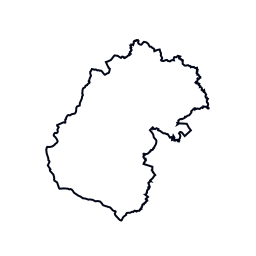 Ixtlahuacán del Río, Jalisco, Mexico, rotated 46°
{"feature_id": "50627088B86535145989584", "entity_name": "Ixtlahuacán del Río", "entity_type": "district", "adm_level": 2, "iso_a3": "MEX", "parent_name": "Mexico", "parent_adm1": "Jalisco", "projection": "mercator", "projection_center": [-103.216, 20.904], "detail": "fine", "context": "isolated", "style": "outline", "palette": "ink", "viewbox_px": 256, "rotation_deg": 46, "n_neighbors": 0, "source": "geoboundaries", "source_scale": "gbopen_adm2", "svg_char_len": 5766}
<svg xmlns="http://www.w3.org/2000/svg" viewBox="0 0 256 256"><g transform="rotate(46 128 128)"><path d="M170.2,55.6L169.6,56.2L168.4,56.2L167.4,55.6L167.4,55.0L166.6,53.8L165.4,53.2L164.6,53.5L163.3,52.6L162.5,50.3L161.3,51.0L160.8,50.2L160.2,50.6L159.4,50.6L158.8,50.1L158.3,48.6L155.0,47.9L153.6,46.9L153.5,47.5L153.9,48.4L152.5,48.2L152.2,48.6L151.7,48.6L151.2,47.6L150.3,47.1L148.5,47.2L148.4,47.5L148.1,47.0L146.5,47.3L145.9,46.0L144.8,46.3L144.4,47.3L143.2,47.9L142.8,47.7L142.2,47.9L142.0,46.9L142.8,46.2L142.3,45.6L141.9,44.5L140.7,43.8L140.7,43.3L141.8,43.0L142.0,42.7L141.8,42.0L142.1,41.0L141.4,40.5L140.1,40.8L138.9,40.4L137.8,41.1L137.2,40.2L136.9,40.2L136.6,40.6L136.2,40.6L135.2,39.3L135.5,38.8L134.7,38.3L134.6,37.4L134.3,37.3L133.7,37.8L132.6,36.6L131.9,37.7L131.2,38.1L129.8,38.2L129.3,39.1L128.3,39.6L127.9,40.7L126.7,40.2L125.5,41.0L124.6,41.1L123.2,43.2L122.3,43.9L119.9,44.1L118.0,42.5L117.9,41.9L117.4,41.5L116.8,41.6L116.4,42.3L115.4,42.0L114.9,42.6L114.0,42.3L113.4,42.9L112.8,42.4L112.8,41.9L112.3,42.3L111.8,42.2L112.1,41.2L110.7,42.0L110.6,44.2L109.3,45.3L109.2,46.0L110.4,47.5L111.2,47.9L110.0,48.9L109.4,49.9L109.3,51.4L108.9,51.8L107.3,52.8L106.4,52.6L105.7,53.1L104.4,56.0L102.9,57.2L102.0,57.0L101.9,55.7L101.4,54.8L98.6,54.0L97.1,52.3L96.1,52.1L93.5,50.7L92.2,52.7L91.1,55.7L90.5,55.4L90.0,54.6L88.8,54.3L87.3,54.9L86.2,54.8L85.4,55.0L84.5,55.9L81.5,55.0L79.2,55.3L77.1,56.7L77.0,57.6L77.4,60.2L77.2,60.7L76.2,61.4L74.5,61.8L73.7,61.5L72.6,59.9L71.6,59.8L71.3,60.5L70.8,60.7L70.9,61.5L70.5,61.7L70.7,62.1L70.4,62.6L69.8,62.8L69.8,63.8L71.4,65.4L71.2,66.1L71.7,66.6L71.0,66.8L70.9,67.9L70.4,67.9L70.6,68.3L70.2,69.0L72.4,69.7L72.2,70.7L73.3,70.8L74.4,71.2L74.2,71.9L74.8,72.6L74.6,73.7L75.3,74.1L75.4,74.4L76.2,74.5L75.8,75.0L76.2,75.1L75.8,76.0L76.6,76.3L75.9,78.1L75.9,79.9L75.5,80.5L75.6,81.2L75.1,82.1L74.5,82.1L74.3,81.7L73.1,82.2L72.6,82.6L72.7,84.3L68.8,85.4L66.5,87.2L66.4,87.7L67.2,92.9L66.3,95.8L65.2,98.1L70.1,99.8L70.8,99.8L71.3,100.2L72.7,99.9L73.8,101.3L74.9,103.3L74.9,103.8L74.3,105.0L73.7,107.6L72.7,107.8L68.9,107.4L67.8,107.7L67.1,108.6L66.1,108.9L65.2,110.1L63.5,110.5L62.7,111.8L61.6,112.2L60.5,113.0L61.3,115.3L61.3,116.1L62.7,117.4L64.7,118.3L65.8,121.3L66.9,122.9L66.9,123.5L67.2,123.9L68.2,123.7L68.7,124.3L68.4,126.9L68.8,127.6L68.1,129.1L68.8,130.7L68.3,132.6L68.7,133.7L71.5,137.1L72.2,137.1L73.1,137.7L73.4,139.1L74.7,140.7L76.6,145.3L78.3,147.1L77.2,149.5L77.3,150.2L77.5,151.0L80.1,154.0L80.6,155.5L80.6,156.3L78.9,159.1L78.7,160.9L77.5,161.6L77.0,162.6L77.5,165.1L78.5,166.4L78.3,167.2L80.5,169.3L80.5,169.6L79.1,170.5L76.7,177.0L77.5,177.5L79.3,177.3L80.1,179.9L81.7,180.9L82.2,181.7L82.1,182.9L80.8,183.9L80.9,185.2L81.6,186.5L82.4,186.8L83.9,186.6L86.2,186.9L88.3,187.6L88.9,188.2L89.2,189.5L88.9,191.2L89.1,192.2L88.8,194.9L87.6,197.1L85.5,199.2L85.8,200.4L86.4,201.0L86.7,201.8L89.9,204.2L94.5,206.4L95.8,207.6L97.1,207.6L97.8,208.0L99.2,211.7L103.8,212.5L103.8,213.3L104.8,213.9L109.5,214.0L111.4,214.9L113.1,216.1L113.7,217.0L114.7,217.5L117.9,216.8L123.2,219.3L124.1,219.4L127.0,216.0L129.9,213.4L131.3,212.9L132.1,211.7L133.1,211.3L134.8,211.3L137.0,211.8L142.3,210.7L144.6,209.7L147.0,209.4L149.4,207.5L152.1,206.2L152.6,205.3L155.0,203.4L158.2,202.3L159.5,200.5L161.6,199.1L164.5,199.2L165.7,199.6L166.8,199.3L172.9,196.0L176.8,196.1L177.8,195.8L179.0,194.9L179.7,195.1L180.4,197.0L182.1,197.7L188.3,197.8L189.8,197.2L189.9,196.4L188.9,193.9L188.8,192.1L189.2,189.7L188.5,189.0L188.3,188.1L188.5,187.5L190.5,185.2L191.2,183.1L192.1,182.4L192.0,180.8L193.0,180.1L193.8,180.0L193.8,179.5L194.1,179.4L194.1,178.8L195.4,177.4L195.3,176.3L195.1,176.1L195.5,174.8L194.9,174.7L195.1,174.2L194.3,173.3L194.5,172.7L193.3,171.2L193.5,170.8L193.3,170.4L193.9,169.6L193.3,169.1L193.8,167.9L193.5,167.4L193.8,166.9L193.4,166.1L193.7,164.6L193.2,164.3L192.4,164.7L191.4,164.6L191.5,161.5L187.9,161.9L188.3,161.3L187.8,160.0L187.8,159.4L187.2,159.2L187.2,158.7L186.2,157.6L186.2,155.7L186.0,155.8L186.0,155.2L185.5,155.2L184.7,154.6L184.8,154.2L185.7,154.1L185.4,153.2L181.8,151.6L181.9,150.6L181.6,150.6L181.7,148.6L181.9,148.5L181.1,148.4L181.3,145.3L180.7,142.6L180.8,141.1L177.3,140.8L177.3,140.5L174.8,140.2L174.8,139.4L172.8,137.4L164.7,141.8L164.0,140.5L164.3,140.2L163.4,138.2L163.7,137.9L163.6,137.5L162.3,137.5L162.5,136.8L162.2,136.7L161.1,137.3L159.5,137.1L159.0,135.9L159.2,135.0L158.9,134.6L158.3,135.5L157.4,134.8L157.5,134.4L159.3,133.3L160.1,131.6L160.3,130.6L160.1,129.0L160.5,128.2L160.2,127.5L159.9,127.5L159.8,126.6L160.8,125.6L160.7,124.9L160.2,124.3L160.5,123.8L160.4,123.1L160.1,123.1L159.2,119.7L158.4,118.1L157.0,116.5L156.0,116.1L152.8,116.0L150.4,114.5L148.5,114.0L144.8,113.7L144.7,109.8L146.0,109.8L146.3,110.3L146.5,109.8L147.7,109.2L147.9,107.8L149.0,107.2L150.0,106.9L150.5,107.9L152.6,106.9L156.4,106.2L157.6,105.0L159.3,104.5L159.9,103.7L164.2,104.5L164.6,103.2L165.1,103.3L165.8,101.9L165.1,100.8L166.9,101.2L166.7,102.4L166.4,102.8L166.4,103.5L167.2,104.6L167.6,103.8L167.4,102.9L168.1,103.1L167.6,102.2L169.2,102.6L169.1,102.4L169.8,101.8L170.2,101.9L170.5,101.2L171.1,101.2L170.8,100.7L171.2,100.3L171.9,100.2L172.8,101.0L173.1,100.7L172.6,99.7L171.6,99.2L171.3,97.6L170.3,96.1L168.9,95.2L167.4,95.1L167.0,93.6L167.4,92.9L168.8,92.4L173.2,92.8L173.4,84.4L170.1,84.0L165.8,82.8L160.3,87.9L159.8,90.1L159.4,89.1L158.7,88.9L159.1,88.5L159.1,87.9L157.6,86.6L157.8,84.6L158.5,83.3L159.0,83.2L159.8,81.2L160.1,80.3L159.5,79.2L160.4,78.4L160.4,76.8L161.2,75.5L161.3,74.7L160.9,71.7L159.9,70.9L159.8,70.4L160.0,69.5L159.8,68.2L160.1,67.6L159.9,66.6L160.5,66.0L161.2,66.6L161.2,66.1L161.9,65.5L162.1,64.7L164.1,63.2L164.2,61.6L164.4,60.8L165.3,60.5L165.2,60.0L165.4,59.6L164.7,58.9L166.8,57.3L169.7,56.9L170.2,55.6Z" fill="none" stroke="#020617" stroke-width="2"/></g></svg>